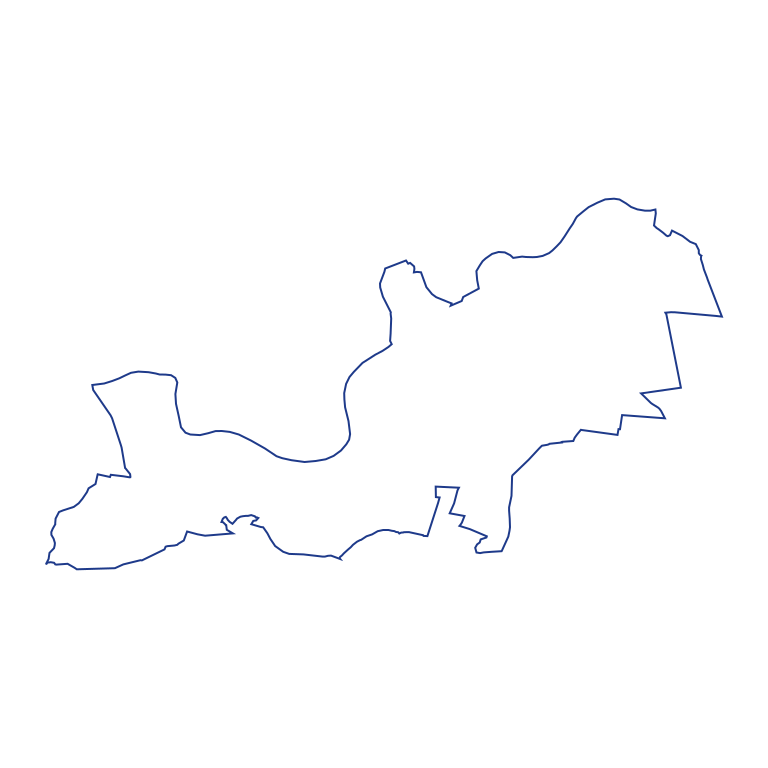 outline of Turdas, Hunedoara, Romania
{"feature_id": "2599482B55317516371384", "entity_name": "Turdas", "entity_type": "district", "adm_level": 2, "iso_a3": "ROU", "parent_name": "Romania", "parent_adm1": "Hunedoara", "projection": "robinson", "projection_center": [23.122, 45.851], "detail": "fine", "context": "isolated", "style": "outline", "palette": "blue", "viewbox_px": 768, "rotation_deg": 0, "n_neighbors": 0, "source": "geoboundaries", "source_scale": "gbopen_adm2", "svg_char_len": 4231}
<svg xmlns="http://www.w3.org/2000/svg" viewBox="0 0 768 768"><path d="M501.8,550.9L508.3,536.6L509.5,530.8L510.0,527.2L509.7,518.7L509.1,510.7L509.1,507.3L511.5,495.9L512.1,476.4L512.5,475.3L528.7,459.7L539.3,448.3L541.8,445.8L542.0,445.7L546.8,444.9L548.7,444.4L549.4,443.8L561.9,442.5L561.7,442.0L562.3,441.8L573.3,441.0L574.7,437.7L577.1,434.4L580.9,429.8L581.7,430.0L617.5,434.9L618.5,429.1L620.0,429.2L622.1,415.1L664.9,418.3L661.1,411.0L659.4,408.7L658.0,407.5L652.3,404.0L650.8,402.9L641.1,393.4L680.9,387.7L666.3,314.0L665.8,313.5L665.4,312.7L671.0,312.2L675.1,312.3L715.5,315.9L721.9,316.6L707.6,279.4L707.0,277.5L703.9,269.4L702.8,265.0L700.9,259.0L701.1,256.1L701.4,255.7L699.9,254.8L698.8,253.2L698.8,250.1L695.8,244.1L690.1,241.8L682.5,236.0L672.0,230.6L670.0,235.2L667.8,236.2L666.5,235.7L663.2,232.8L658.6,229.3L656.6,228.0L654.0,225.5L655.8,213.4L655.4,209.5L650.2,210.7L645.2,210.7L637.4,209.4L631.1,207.0L625.9,203.3L619.5,199.5L614.0,198.7L605.2,199.4L597.4,202.7L588.7,207.1L587.8,207.8L583.4,211.3L577.1,216.5L575.9,218.2L572.8,223.9L569.7,228.4L564.6,236.4L560.5,242.3L556.6,246.4L552.4,250.5L549.1,253.1L542.7,255.9L536.9,257.0L532.8,257.2L526.0,257.0L522.1,256.6L513.2,257.9L510.3,255.2L504.8,252.4L498.6,252.0L492.1,253.9L485.7,258.4L482.6,261.2L479.8,265.4L476.4,271.1L476.8,275.9L477.2,280.3L478.8,288.6L463.2,297.0L461.7,301.0L450.7,305.7L451.6,303.4L448.2,302.1L436.2,297.2L432.0,294.1L426.4,287.2L421.0,272.3L417.0,271.9L413.9,272.4L414.2,270.4L414.4,268.8L414.1,266.4L410.1,262.9L408.2,263.7L406.0,260.5L385.2,268.5L384.4,271.8L380.0,283.5L380.2,287.5L382.9,296.7L390.8,312.3L390.6,313.6L391.2,318.5L390.6,333.8L390.1,340.9L391.7,344.2L388.4,347.0L382.5,350.9L375.3,354.7L362.5,362.9L353.8,371.9L349.5,377.0L346.1,383.9L344.2,393.1L344.4,399.5L345.1,407.3L348.5,421.1L350.1,434.1L349.1,439.7L346.3,444.3L341.0,450.5L333.6,455.9L325.7,459.3L315.7,461.0L304.6,462.0L291.5,460.2L282.3,458.2L276.5,456.2L265.0,448.5L251.1,440.6L238.8,434.5L229.8,431.9L221.8,431.0L215.5,431.1L208.2,433.2L200.0,435.1L190.3,434.5L185.5,432.7L181.0,427.3L178.7,416.0L176.0,403.8L175.4,394.0L177.3,382.5L175.3,377.9L171.1,375.2L165.4,374.6L159.6,374.5L155.8,373.5L148.6,372.2L138.3,371.6L131.0,372.8L125.1,375.5L119.3,378.3L112.2,381.0L104.2,383.5L92.3,385.0L93.2,390.0L110.6,415.3L112.1,418.3L120.9,445.2L121.6,447.6L125.1,468.0L125.3,468.1L130.1,474.1L130.4,476.7L130.3,477.2L129.5,477.3L123.4,476.3L110.8,474.8L110.0,477.0L97.7,474.3L97.6,474.6L95.5,484.0L88.6,488.3L86.9,492.2L82.4,498.8L78.7,503.3L73.8,506.9L63.0,510.4L59.0,512.0L55.6,518.6L55.2,523.3L55.3,524.2L52.7,528.8L51.3,532.1L51.4,534.9L53.6,538.7L54.9,543.0L54.7,545.3L54.0,548.2L49.5,552.9L48.6,559.0L46.2,563.7L46.1,564.4L47.6,562.4L48.2,562.4L48.8,562.5L50.7,562.2L54.1,562.8L55.3,564.4L56.4,564.6L67.6,563.8L74.6,567.8L76.8,569.3L114.9,568.2L123.3,564.4L140.5,560.2L141.9,560.4L164.5,549.4L165.6,546.7L167.2,546.2L167.9,546.1L174.5,545.5L177.3,544.8L178.4,543.7L183.8,540.5L187.1,531.5L197.5,534.3L205.1,535.7L232.9,533.4L226.8,529.8L226.2,525.2L225.8,525.2L225.3,524.4L223.0,522.2L221.5,522.0L222.8,518.8L224.3,517.4L225.8,516.9L227.0,518.4L227.7,519.8L229.6,521.8L232.5,523.8L236.1,519.8L237.0,518.6L238.4,517.8L240.4,516.7L242.9,516.2L245.6,515.9L247.9,515.9L251.2,515.1L254.9,516.3L255.7,517.5L256.7,517.3L258.3,518.0L256.1,520.4L253.3,520.9L251.3,524.2L260.8,527.0L263.2,527.3L267.4,533.3L270.4,539.0L274.0,544.3L275.1,546.0L283.2,551.8L285.2,552.5L289.2,553.9L303.4,554.4L322.6,556.6L324.9,556.6L328.0,555.8L331.0,555.6L340.2,559.0L339.5,558.1L340.1,556.9L341.9,555.5L343.8,553.4L348.2,549.4L350.8,547.2L353.0,544.8L357.0,541.7L360.1,540.1L360.6,540.0L361.2,539.8L366.5,536.3L372.1,534.4L377.7,531.2L383.1,530.0L388.5,530.0L391.9,530.8L394.3,531.1L394.7,531.3L396.1,532.0L398.0,532.2L398.4,532.4L399.3,533.5L401.2,532.6L403.2,532.5L403.9,532.2L408.9,532.1L423.1,535.2L423.5,535.9L427.4,536.1L438.0,503.2L439.6,497.5L435.9,497.1L435.7,486.6L458.9,487.7L457.5,490.4L454.1,503.4L449.7,513.3L464.5,516.0L461.9,522.6L460.5,524.7L459.5,525.9L469.8,529.1L486.8,536.3L486.4,537.5L480.7,539.4L479.7,542.5L477.1,544.4L475.2,547.8L476.5,552.5L480.1,553.1L483.7,552.4L491.7,551.8L501.6,551.2L501.8,550.9Z" fill="none" stroke="#1e3a8a" stroke-width="2"/></svg>